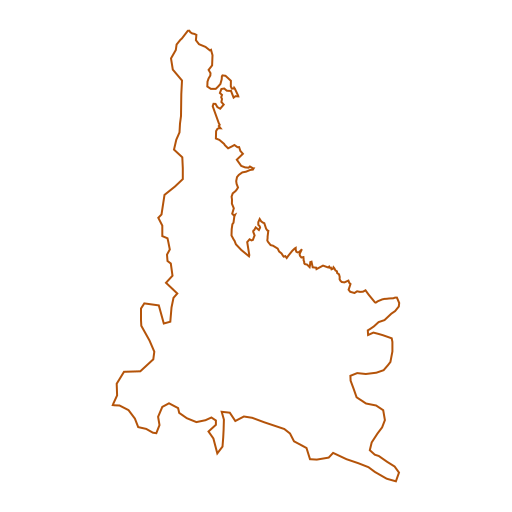 outline of Meladeia, Paphos, Cyprus
{"feature_id": "46923920B22026130701227", "entity_name": "Meladeia", "entity_type": "district", "adm_level": 2, "iso_a3": "CYP", "parent_name": "Cyprus", "parent_adm1": "Paphos", "projection": "natural_earth1", "projection_center": [32.505, 34.991], "detail": "fine", "context": "isolated", "style": "outline", "palette": "amber", "viewbox_px": 512, "rotation_deg": 0, "n_neighbors": 0, "source": "geoboundaries", "source_scale": "gbopen_adm2", "svg_char_len": 4379}
<svg xmlns="http://www.w3.org/2000/svg" viewBox="0 0 512 512"><path d="M176.6,44.5L175.8,50.0L171.0,58.4L172.8,69.6L182.0,80.5L181.3,94.0L181.0,116.1L180.0,123.5L179.5,132.4L176.3,139.7L174.0,149.6L182.3,157.3L182.8,168.2L182.8,179.1L175.0,186.5L164.5,194.9L161.5,214.5L158.3,217.8L162.3,225.6L162.3,230.2L162.3,236.1L167.5,238.3L168.3,241.9L169.8,249.5L167.0,254.6L167.5,261.0L170.8,263.5L172.5,275.7L166.0,282.8L177.3,293.5L173.5,297.8L171.5,307.5L170.3,321.7L163.8,323.5L158.8,305.4L144.3,303.4L141.0,308.5L141.0,320.2L141.3,325.8L149.5,340.5L154.3,351.7L153.3,359.3L140.3,371.3L124.0,371.8L119.9,378.5L116.7,383.7L117.1,395.4L113.4,403.5L112.8,405.1L114.7,405.3L119.5,405.5L128.5,410.1L134.9,418.6L138.2,427.1L138.6,427.2L146.2,428.9L152.9,432.7L156.3,433.2L159.5,425.1L158.1,416.8L162.3,406.9L169.0,403.3L178.1,408.1L179.2,412.9L186.8,418.2L196.4,422.1L205.5,420.2L211.4,417.5L215.9,420.5L215.9,424.8L208.5,431.5L213.4,438.5L217.3,453.4L222.5,446.6L223.2,437.7L223.6,429.9L223.9,419.6L221.7,411.8L229.8,412.7L235.3,421.0L243.9,416.5L252.2,417.8L264.3,422.3L284.3,429.0L290.0,433.5L294.0,441.3L306.5,448.0L310.0,459.2L316.8,459.6L328.7,457.6L333.1,452.9L346.5,459.2L358.3,463.2L368.5,467.2L374.8,471.9L383.0,476.6L386.5,478.6L387.7,479.0L395.9,481.3L399.0,472.6L394.6,466.5L387.1,461.8L378.8,456.0L374.8,454.7L369.8,450.2L371.7,442.4L377.5,433.5L382.1,427.4L384.9,420.1L383.2,410.2L376.1,405.5L366.0,403.5L356.6,397.3L353.7,389.0L350.6,380.7L350.4,375.8L357.2,373.1L365.8,374.0L376.4,372.7L383.6,370.2L388.0,365.1L390.4,362.0L392.4,351.5L392.4,341.9L391.7,338.3L382.9,335.2L378.1,333.8L373.4,332.6L368.1,335.0L367.8,330.4L370.1,329.0L373.9,326.4L378.6,322.1L384.5,320.1L391.3,313.7L395.1,311.1L398.8,306.5L399.2,303.0L396.9,297.6L396.7,297.6L395.1,297.6L393.2,298.3L390.6,298.4L388.9,298.5L386.7,298.8L384.5,298.9L382.2,299.4L380.6,300.1L378.3,301.0L377.2,301.6L376.4,302.3L375.6,302.6L374.9,302.3L368.6,294.6L365.5,290.3L363.0,291.7L360.0,291.9L357.1,291.3L354.5,293.0L350.2,291.8L348.6,289.7L350.5,284.0L349.3,282.9L348.4,280.6L344.4,282.4L341.7,282.0L340.4,280.7L339.6,279.2L339.7,276.9L339.0,274.3L337.2,273.1L336.9,271.3L335.4,270.4L334.4,268.4L333.5,267.3L333.0,268.7L331.5,269.3L330.9,267.6L329.5,267.7L329.1,266.6L328.0,267.4L323.0,265.6L316.5,269.1L316.2,267.7L312.7,267.3L311.5,261.7L310.3,262.1L310.0,265.2L309.6,267.1L307.1,264.6L304.9,264.1L304.3,263.4L304.1,261.4L303.6,260.4L303.6,259.0L303.4,257.1L301.4,257.5L300.0,255.8L299.6,254.3L300.1,252.9L301.9,249.2L300.7,250.6L298.9,252.2L297.5,252.4L296.3,251.7L295.7,249.8L295.7,247.9L294.7,248.5L292.2,250.9L291.0,252.4L288.4,255.6L286.7,258.0L285.3,256.1L283.8,256.7L283.3,256.2L281.5,253.4L279.1,251.5L277.7,248.6L273.0,245.7L270.6,245.1L267.9,241.7L267.3,240.4L267.6,238.0L267.6,236.6L268.3,230.8L267.4,230.5L266.1,228.7L264.3,223.2L262.9,222.6L261.2,221.4L259.7,219.0L258.3,222.2L258.3,224.8L259.7,226.3L260.1,227.6L258.9,230.0L255.7,227.4L254.3,230.0L253.4,230.6L253.2,231.8L254.6,235.4L254.0,236.9L252.9,239.9L251.5,240.4L249.6,239.3L249.0,240.0L247.2,242.1L249.3,255.1L249.0,256.3L241.3,250.0L235.9,244.3L234.5,240.7L233.7,239.6L231.5,235.5L231.7,229.1L232.4,224.2L233.5,222.7L234.3,216.5L235.1,214.7L233.8,215.4L232.2,213.7L233.8,208.3L231.9,203.7L232.0,199.7L231.6,196.6L232.7,193.4L235.5,191.1L236.8,189.5L238.0,187.5L236.6,183.9L236.2,181.1L237.0,177.1L238.8,174.9L242.3,172.4L246.0,171.7L250.3,169.9L252.9,169.6L253.6,168.4L253.2,168.4L249.9,166.5L248.6,167.7L245.1,167.4L241.2,165.9L236.8,159.7L242.9,153.8L240.4,151.0L239.1,147.1L237.5,147.2L234.4,145.0L232.3,146.2L228.1,148.3L224.9,145.2L224.1,143.9L219.4,139.9L215.9,138.5L216.1,131.1L217.3,129.0L218.7,128.2L220.6,128.3L218.8,126.0L219.7,124.8L218.8,123.2L212.7,106.2L213.5,103.8L215.5,103.9L217.4,107.1L220.2,108.7L223.7,104.6L221.4,102.0L222.0,99.0L221.2,97.2L222.0,94.9L219.9,93.0L221.4,89.0L224.2,88.5L226.8,90.7L229.2,90.9L231.0,90.9L233.6,97.6L235.5,96.2L238.3,96.4L238.1,95.6L234.8,88.6L234.2,87.8L234.0,88.5L231.8,88.6L230.8,86.4L230.9,80.8L227.7,77.8L225.5,75.8L222.5,75.4L221.9,76.3L221.7,79.3L220.4,84.0L217.8,86.9L215.7,88.9L210.9,88.9L207.3,86.5L207.5,81.6L208.6,78.4L210.3,75.6L210.5,73.2L208.6,69.9L212.1,65.4L212.5,55.2L211.0,49.8L209.9,50.4L205.5,46.9L199.0,44.2L195.9,40.2L196.4,34.9L194.4,33.9L192.1,33.4L190.3,32.2L189.3,30.7L187.8,30.8L181.8,38.6L180.4,39.8L176.6,44.5Z" fill="none" stroke="#b45309" stroke-width="2"/></svg>